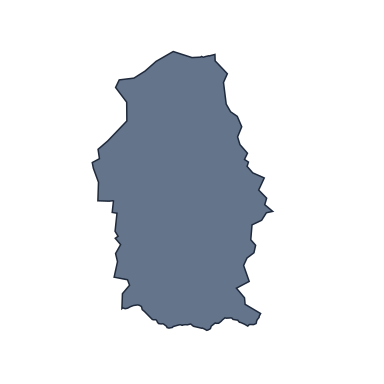 the district of Haywood, North Carolina, United States of America, rotated 204°
{"feature_id": "52423323B65247392842469", "entity_name": "Haywood", "entity_type": "district", "adm_level": 2, "iso_a3": "USA", "parent_name": "United States of America", "parent_adm1": "North Carolina", "projection": "mercator", "projection_center": [-83.035, 35.542], "detail": "fine", "context": "isolated", "style": "filled", "palette": "slate", "viewbox_px": 384, "rotation_deg": 204, "n_neighbors": 0, "source": "geoboundaries", "source_scale": "gbopen_adm2", "svg_char_len": 1823}
<svg xmlns="http://www.w3.org/2000/svg" viewBox="0 0 384 384"><g transform="rotate(204 192 192)"><path d="M208.6,57.0L208.1,58.0L205.6,58.2L203.5,59.7L201.8,62.0L199.3,64.5L195.8,66.7L194.1,67.1L191.6,66.8L189.6,64.3L186.8,63.5L176.4,59.4L174.9,59.7L173.5,60.5L172.9,60.5L171.9,60.2L170.9,59.2L169.1,58.2L166.6,58.9L165.2,59.7L164.2,59.8L160.5,58.9L159.7,58.0L157.7,58.3L154.8,60.3L154.5,61.4L149.6,65.5L148.2,66.2L147.3,66.1L146.3,66.5L146.2,66.9L143.7,68.3L142.3,68.7L139.5,70.9L136.1,69.9L127.7,71.5L127.2,71.9L124.6,71.9L122.3,71.6L121.3,72.4L119.8,74.3L119.6,74.9L119.9,77.2L117.5,81.8L116.7,81.8L114.3,82.9L112.8,85.7L112.2,87.5L110.7,90.5L109.5,90.6L105.1,92.9L104.3,93.0L102.7,92.3L98.0,93.5L96.9,92.8L95.6,92.3L94.4,92.6L90.3,92.6L86.5,92.2L85.9,93.9L85.3,94.5L81.8,95.9L80.0,97.9L80.0,98.6L80.4,100.0L80.5,101.6L80.2,102.9L79.7,104.6L80.1,105.9L79.9,108.9L97.8,111.0L101.0,116.7L112.3,122.2L103.4,133.6L115.0,145.9L114.9,154.1L110.7,161.7L112.2,169.2L118.9,172.3L123.8,186.4L116.9,194.5L115.6,203.3L110.4,207.1L120.4,210.0L121.3,216.7L131.9,220.9L131.7,234.2L144.3,234.2L152.1,237.8L152.6,242.3L157.3,243.1L157.1,250.0L167.5,254.8L172.8,260.9L173.1,271.8L181.4,279.5L189.4,281.0L196.5,286.2L207.8,304.9L207.8,314.4L224.2,321.2L227.0,327.0L231.5,323.4L232.6,323.0L233.2,322.3L234.1,321.8L236.5,319.7L238.5,319.7L239.0,318.7L246.7,314.8L266.3,312.7L277.9,296.8L284.2,283.1L284.5,282.7L291.4,272.4L304.1,264.8L304.3,256.4L288.2,247.5L280.4,230.4L289.8,204.2L295.2,192.8L290.1,184.8L295.1,178.3L291.8,173.6L291.7,173.5L281.4,162.9L274.4,145.7L263.8,150.0L263.7,150.1L260.4,152.0L260.3,152.3L260.3,152.5L256.6,140.9L251.9,142.1L246.3,124.8L241.5,121.5L243.3,118.5L235.8,114.9L236.8,104.7L231.7,98.0L228.5,82.5L215.2,85.6L211.1,81.4L214.2,70.8L208.6,57.0Z" fill="#64748b" stroke="#1e293b" stroke-width="1.5"/></g></svg>